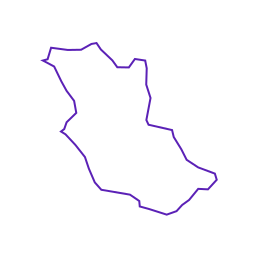 Klippan, Skåne, Sweden (orthographic projection), rotated 13°
{"feature_id": "70781695B13105561347564", "entity_name": "Klippan", "entity_type": "district", "adm_level": 2, "iso_a3": "SWE", "parent_name": "Sweden", "parent_adm1": "Skåne", "projection": "orthographic", "projection_center": [13.278, 56.144], "detail": "fine", "context": "isolated", "style": "outline", "palette": "violet", "viewbox_px": 256, "rotation_deg": 13, "n_neighbors": 0, "source": "geoboundaries", "source_scale": "gbopen_adm2", "svg_char_len": 771}
<svg xmlns="http://www.w3.org/2000/svg" viewBox="0 0 256 256"><g transform="rotate(13 128 128)"><path d="M29.9,81.4L42.2,84.7L52.6,97.6L59.8,105.6L69.4,113.7L74.2,124.9L66.9,136.2L66.1,143.4L63.5,146.5L68.5,148.2L80.5,156.3L92.6,166.0L99.0,176.4L107.9,188.5L115.9,194.2L144.9,192.5L155.4,196.6L157.1,201.8L166.7,202.2L176.6,203.0L185.2,203.7L194.0,198.1L198.1,190.8L203.7,184.4L210.1,171.5L219.7,169.8L226.1,158.5L224.8,156.2L222.9,152.9L205.2,150.6L192.3,145.8L184.7,136.7L184.2,136.2L174.6,126.5L171.4,120.1L147.3,120.2L144.1,116.1L143.2,93.7L136.0,81.6L132.8,65.6L130.1,59.6L129.6,58.4L119.2,59.2L115.2,68.8L103.9,71.2L97.5,65.6L83.9,57.6L78.2,52.3L73.5,54.3L64.7,62.3L51.8,65.5L35.0,67.1L34.2,79.1L29.9,81.4Z" fill="none" stroke="#5b21b6" stroke-width="2"/></g></svg>